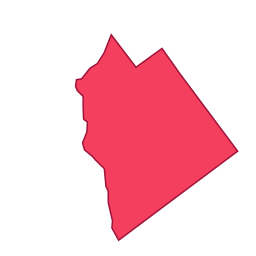 outline of Peoria, Illinois, United States of America, rotated 143°
{"feature_id": "52423323B20923999353099", "entity_name": "Peoria", "entity_type": "district", "adm_level": 2, "iso_a3": "USA", "parent_name": "United States of America", "parent_adm1": "Illinois", "projection": "albers", "projection_center": [-89.674, 40.744], "detail": "fine", "context": "isolated", "style": "filled", "palette": "rose", "viewbox_px": 256, "rotation_deg": 143, "n_neighbors": 0, "source": "geoboundaries", "source_scale": "gbopen_adm2", "svg_char_len": 541}
<svg xmlns="http://www.w3.org/2000/svg" viewBox="0 0 256 256"><g transform="rotate(143 128 128)"><path d="M53.9,139.5L53.0,171.1L85.1,171.7L85.3,212.5L102.0,202.3L113.7,197.9L122.4,198.6L135.5,195.2L140.1,197.6L144.9,192.7L146.0,188.2L144.8,180.2L150.9,172.2L158.2,161.7L156.8,157.2L163.2,149.6L172.9,143.7L173.8,142.1L174.0,141.7L175.9,136.7L173.5,126.7L173.2,122.0L171.4,109.8L180.8,94.5L181.8,89.5L188.8,80.0L196.3,63.1L201.0,57.9L203.0,44.0L150.2,43.9L54.4,43.5L53.9,139.5Z" fill="#f43f5e" stroke="#9f1239" stroke-width="1.5"/></g></svg>